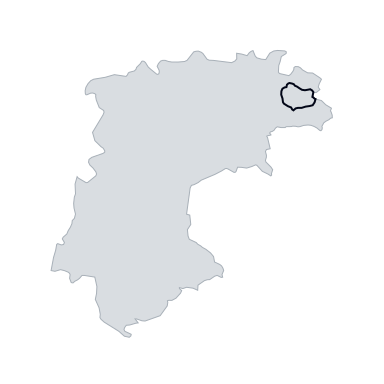 Nzérékoré on a map of Guinea (Robinson projection), rotated 278°
{"feature_id": "GIN-5655", "entity_name": "Nzérékoré", "entity_type": "Prefecture", "adm_level": 1, "iso_a3": "GIN", "parent_name": "Guinea", "parent_adm1": "", "projection": "robinson", "projection_center": [-8.704, 7.993], "detail": "fine", "context": "in_parent", "style": "outline", "palette": "ink", "viewbox_px": 384, "rotation_deg": 278, "n_neighbors": 0, "source": "natural_earth", "source_scale": "10m", "svg_char_len": 4155}
<svg xmlns="http://www.w3.org/2000/svg" viewBox="0 0 384 384"><g transform="rotate(278 192 192)"><path d="M236.7,260.8L233.5,260.3L232.0,261.0L227.8,266.6L225.3,268.8L221.3,268.1L219.9,268.5L218.9,267.8L220.3,264.8L222.3,258.7L227.5,252.5L227.7,251.2L225.5,247.6L223.3,242.8L223.3,237.5L222.9,233.7L218.3,232.7L217.5,232.0L217.3,230.8L219.9,224.2L220.1,222.9L219.8,221.7L217.0,218.4L212.6,212.2L205.0,199.5L202.2,196.8L199.5,192.9L198.5,190.5L195.7,189.6L169.3,189.7L168.8,193.0L159.7,195.3L154.1,192.7L147.9,194.2L144.8,195.9L142.5,203.3L141.1,204.9L139.8,208.2L138.6,210.0L137.2,213.7L134.2,218.9L131.1,222.3L125.8,224.1L124.1,229.6L122.9,231.6L120.9,233.2L118.7,234.3L114.4,233.2L111.9,234.2L111.5,232.8L112.9,228.5L111.8,226.2L107.7,221.7L107.3,219.5L106.0,216.7L100.6,210.9L95.5,211.3L96.9,206.4L96.9,199.9L95.1,196.4L95.6,192.8L94.6,193.0L92.9,195.5L90.2,194.7L84.6,190.9L81.9,187.2L81.5,184.0L80.9,182.8L79.2,183.4L75.7,183.3L65.1,177.7L57.7,163.5L57.5,160.3L58.6,154.8L58.4,153.3L54.9,156.9L54.2,154.5L51.6,148.8L50.9,145.5L48.3,144.1L46.3,143.8L44.7,144.9L42.6,151.6L41.0,151.5L39.4,150.1L39.8,145.1L43.9,138.9L50.9,123.2L53.3,119.6L54.9,118.3L58.1,118.2L64.4,116.1L72.2,111.2L78.1,111.6L85.1,111.0L94.2,107.6L94.4,97.1L94.1,94.7L90.8,92.6L89.0,90.8L87.4,88.5L85.4,86.8L85.5,85.0L89.5,82.8L93.2,82.8L94.5,82.0L95.4,80.5L96.4,76.6L96.8,72.6L94.4,67.3L94.6,63.4L107.9,64.0L115.3,65.1L121.3,65.3L122.2,66.2L121.4,69.9L122.1,72.1L124.2,72.7L127.5,70.1L129.3,70.7L133.0,73.9L136.5,74.8L140.3,76.5L143.9,77.5L147.1,77.4L149.5,79.2L153.9,79.7L159.7,77.4L164.2,76.4L170.6,76.2L173.9,76.9L183.6,75.1L191.2,76.1L190.0,77.4L186.5,85.8L186.9,87.3L194.6,94.5L196.5,95.0L198.6,94.0L201.9,90.7L204.5,87.1L207.1,85.4L210.0,85.5L212.4,88.0L217.9,98.6L219.2,100.0L220.6,99.9L223.0,98.0L224.2,95.6L229.3,88.7L237.2,85.2L256.0,93.2L258.7,93.8L260.4,93.2L262.7,88.4L269.8,84.4L273.2,83.3L275.1,83.2L275.9,81.9L276.2,79.9L275.8,77.9L273.6,74.3L273.6,73.3L274.8,72.6L277.5,72.1L281.0,72.4L284.9,74.0L288.1,76.2L290.0,78.9L293.5,90.1L297.4,98.8L297.3,110.6L299.0,111.8L300.9,112.3L301.8,113.2L303.8,118.0L305.6,119.4L307.7,119.8L311.8,122.9L314.4,124.1L314.8,125.0L314.7,126.3L313.7,127.9L309.7,131.2L307.8,134.0L303.8,140.6L303.7,141.8L304.5,142.7L306.2,142.9L308.0,142.5L311.6,140.0L314.5,140.9L317.3,142.7L318.3,144.7L318.6,147.2L318.0,150.4L317.9,154.1L318.8,160.3L320.2,166.5L321.7,168.8L331.0,174.2L331.9,176.3L332.4,178.6L331.7,181.7L330.7,183.5L325.6,188.4L324.9,190.7L325.3,195.0L325.6,213.2L327.6,216.2L330.0,217.8L335.6,216.9L335.5,222.0L334.7,227.6L338.0,229.4L339.6,231.1L340.5,232.7L335.4,235.7L333.9,237.5L333.2,242.2L333.4,246.6L340.3,249.7L343.0,253.3L344.1,257.1L344.6,264.3L343.9,265.9L342.2,265.9L338.6,261.6L333.3,261.1L329.3,260.3L322.6,260.9L321.5,262.2L320.7,271.7L322.3,273.3L325.5,275.1L327.6,275.8L329.3,275.6L330.6,276.8L330.9,279.9L330.0,282.2L328.3,284.4L326.1,289.9L326.6,294.9L322.8,302.9L321.7,304.5L316.8,302.9L313.5,302.4L311.2,304.4L307.9,301.3L307.3,298.8L306.2,298.3L304.0,298.3L302.0,299.7L301.1,302.2L300.6,307.4L297.0,312.3L294.4,318.4L291.5,317.8L290.8,318.5L287.7,320.1L285.0,320.6L284.3,318.9L282.7,317.6L280.9,315.0L278.9,312.9L275.1,311.5L273.6,312.1L271.8,312.0L270.6,311.1L270.8,309.9L272.8,306.7L273.9,303.8L274.6,300.6L274.5,297.6L273.5,293.3L271.8,289.9L271.3,287.9L271.5,285.1L271.2,282.5L270.6,281.2L269.8,276.2L268.8,275.3L268.2,271.4L268.4,267.3L266.9,265.8L264.6,264.7L263.2,263.1L262.4,261.3L261.5,260.8L260.8,260.9L260.1,262.0L259.4,262.2L258.0,258.4L257.4,258.3L256.5,259.2L245.7,263.4L244.4,259.8L242.3,259.1L238.7,260.6L236.7,260.8Z" fill="#d9dde1" stroke="#a8b0b8" stroke-width="1"/><path d="M307.8,298.3L302.9,298.0L302.5,299.0L301.4,300.5L301.2,301.4L297.8,300.9L294.7,299.4L293.5,296.5L292.4,292.7L290.6,288.9L290.1,285.3L289.2,283.0L287.0,281.1L287.7,279.7L289.5,278.4L290.3,275.1L292.3,270.7L293.6,269.6L297.2,268.6L300.8,266.8L304.3,266.5L306.9,267.2L308.5,269.2L309.0,270.9L311.5,271.1L312.9,272.3L313.5,273.4L313.3,276.1L312.9,277.8L311.6,279.1L311.0,281.3L309.7,283.9L308.5,286.7L308.5,289.7L309.3,292.2L310.2,294.8L309.3,296.8L307.8,298.3Z" fill="none" stroke="#020617" stroke-width="2"/></g></svg>